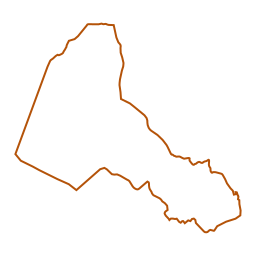 map outline of Rio San Juan (Equal Earth projection)
{"feature_id": "NIC-4800", "entity_name": "Rio San Juan", "entity_type": "Department", "adm_level": 1, "iso_a3": "NIC", "parent_name": "Nicaragua", "parent_adm1": "", "projection": "equal_earth", "projection_center": [-84.287, 11.292], "detail": "fine", "context": "isolated", "style": "outline", "palette": "amber", "viewbox_px": 256, "rotation_deg": 0, "n_neighbors": 0, "source": "natural_earth", "source_scale": "10m", "svg_char_len": 2968}
<svg xmlns="http://www.w3.org/2000/svg" viewBox="0 0 256 256"><path d="M169.4,220.0L168.7,218.8L165.7,215.6L165.4,215.0L164.9,214.2L164.6,213.2L165.2,211.8L165.8,211.3L167.6,210.0L167.1,205.7L164.8,203.1L162.3,201.4L161.1,199.6L159.6,198.3L153.4,195.2L152.0,193.4L151.6,192.1L149.8,189.2L149.3,187.8L149.0,185.6L149.0,183.8L148.7,182.4L147.4,181.6L146.3,182.5L139.1,188.7L137.8,189.4L136.3,189.2L134.9,188.5L133.7,187.6L132.6,186.3L129.5,181.3L128.9,180.7L128.3,180.3L127.6,179.9L126.9,179.6L120.2,175.7L117.1,174.4L114.2,174.6L111.9,174.2L106.8,169.3L104.4,167.9L100.2,169.2L90.3,177.9L76.4,190.1L68.8,184.2L57.4,179.1L39.4,170.2L32.8,166.6L20.8,160.7L15.4,154.1L47.5,66.8L50.0,61.2L50.3,60.7L50.9,60.0L52.9,58.6L55.6,56.1L56.9,55.2L57.7,54.8L58.3,55.1L58.7,55.2L59.3,55.1L61.8,53.9L62.6,53.3L63.1,52.8L63.5,51.8L64.1,50.8L65.0,49.5L65.2,49.1L65.4,48.7L65.6,48.3L66.1,47.5L66.4,47.0L66.5,46.2L66.9,44.8L68.9,40.8L74.6,39.1L78.0,36.2L86.8,25.4L87.3,24.6L87.9,24.3L88.6,24.2L98.5,24.3L101.2,23.7L101.8,23.7L102.9,24.1L103.5,24.2L105.5,23.9L105.9,24.0L106.4,24.1L107.1,24.5L108.6,24.9L113.7,25.1L116.4,37.5L118.4,42.4L119.5,43.6L120.4,44.8L120.7,46.0L120.5,48.1L120.7,52.8L122.2,57.4L123.5,63.0L123.4,64.5L123.2,66.5L121.9,70.6L120.0,79.3L119.6,82.8L119.5,85.1L120.5,92.1L121.0,99.0L129.9,103.4L133.8,106.5L144.5,115.3L146.6,118.1L147.3,120.5L147.4,122.8L147.7,125.1L148.7,127.8L149.9,129.5L151.2,130.7L157.5,135.0L162.7,140.0L166.6,145.1L167.7,147.1L170.5,153.0L171.1,154.1L171.7,154.6L172.1,154.5L172.6,154.7L173.1,155.0L173.9,155.7L174.3,155.9L175.1,156.1L176.1,156.6L176.4,156.7L176.8,156.7L178.1,156.5L179.0,156.5L179.3,156.5L180.2,156.8L182.4,158.0L184.1,158.7L188.3,158.0L189.2,158.1L189.6,158.4L189.5,159.4L189.5,159.9L189.6,160.4L189.7,160.8L191.2,162.8L192.5,164.3L193.2,164.7L193.8,164.8L194.9,164.0L195.8,163.8L196.1,163.6L196.7,163.2L196.9,162.9L197.6,162.4L198.1,162.2L199.1,161.9L199.9,162.1L201.2,162.8L201.8,162.9L202.3,162.9L202.6,162.6L203.0,162.5L203.3,162.3L203.6,162.0L204.6,161.5L205.9,161.2L206.6,161.0L208.4,159.8L208.8,159.9L209.0,160.3L209.1,160.8L208.9,164.2L208.9,164.8L209.1,165.7L209.2,166.2L209.6,166.9L210.0,167.5L210.3,167.9L210.4,168.3L210.5,168.9L210.5,170.1L210.6,170.8L210.8,171.4L211.4,172.4L211.8,172.7L212.2,172.7L212.5,172.6L212.8,172.3L213.1,172.1L214.1,172.1L215.6,172.2L220.9,173.6L221.9,174.0L222.2,174.3L222.7,174.9L225.1,179.1L227.0,183.4L230.5,188.3L232.8,190.7L233.9,194.6L236.3,194.0L235.7,192.1L235.8,192.1L236.8,192.4L237.8,195.6L238.1,195.7L238.4,196.8L238.0,199.2L239.3,200.2L239.4,204.1L240.6,210.5L240.3,215.4L235.5,218.7L226.7,221.5L226.1,221.7L217.2,226.2L214.4,230.4L213.9,230.8L210.3,229.9L209.4,230.3L207.5,232.0L206.2,232.3L204.9,232.1L204.0,231.5L195.9,223.0L195.3,219.9L193.8,218.6L192.0,219.0L190.4,221.1L188.2,220.4L184.8,223.2L183.2,221.1L182.3,221.1L180.7,222.7L179.2,221.9L176.7,218.7L175.1,219.0L173.9,218.8L173.0,218.6L170.9,218.6L169.4,220.0Z" fill="none" stroke="#b45309" stroke-width="2"/></svg>